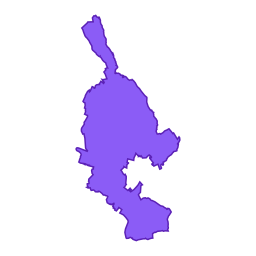 Nogales, Veracruz, Mexico (Natural Earth projection)
{"feature_id": "50627088B81981974228301", "entity_name": "Nogales", "entity_type": "district", "adm_level": 2, "iso_a3": "MEX", "parent_name": "Mexico", "parent_adm1": "Veracruz", "projection": "natural_earth1", "projection_center": [-97.192, 18.835], "detail": "fine", "context": "isolated", "style": "filled", "palette": "violet", "viewbox_px": 256, "rotation_deg": 0, "n_neighbors": 0, "source": "geoboundaries", "source_scale": "gbopen_adm2", "svg_char_len": 5843}
<svg xmlns="http://www.w3.org/2000/svg" viewBox="0 0 256 256"><path d="M112.8,206.3L113.5,206.7L113.6,207.3L113.2,207.9L114.5,208.5L114.4,208.7L115.3,209.1L115.0,209.1L114.8,210.1L116.4,210.9L118.2,208.7L118.9,207.5L121.8,209.6L119.8,213.0L123.5,214.9L126.0,217.6L126.3,218.1L127.9,220.2L128.2,222.0L125.5,228.9L124.9,232.3L125.2,234.0L126.0,237.5L126.3,238.2L126.6,238.4L128.6,238.2L130.1,237.4L130.7,237.4L131.8,238.3L132.4,238.2L132.6,239.0L133.1,239.4L136.3,240.6L138.1,239.8L143.3,238.8L144.8,238.8L145.6,238.3L146.2,238.9L147.9,239.5L149.7,238.7L151.6,238.2L152.8,238.1L152.6,236.2L152.6,233.6L154.7,232.3L155.6,232.4L157.5,231.3L160.7,231.0L162.5,230.6L163.3,231.2L165.3,230.8L168.2,231.0L167.6,229.4L168.2,228.4L168.3,227.3L168.0,226.5L168.2,224.2L168.0,221.8L167.5,220.3L167.3,219.1L168.6,215.8L169.3,215.1L171.2,212.0L170.9,211.4L169.9,209.7L169.0,208.6L167.8,208.4L167.7,208.9L167.0,209.3L165.9,208.2L164.6,207.6L162.9,206.3L161.0,205.9L160.0,205.4L154.9,201.8L152.1,200.5L151.5,200.5L150.7,200.0L149.8,198.8L148.0,197.9L147.1,198.4L146.5,198.4L145.4,197.8L143.2,198.1L140.9,199.8L138.4,194.8L139.5,193.2L140.4,192.5L140.9,185.7L141.3,185.3L142.4,184.8L139.8,181.9L138.1,184.9L136.6,186.7L133.8,189.7L130.7,191.8L129.5,190.6L131.2,189.6L130.1,188.2L127.9,190.5L124.0,187.4L124.8,186.6L126.3,184.3L125.7,183.7L126.2,178.5L126.2,176.3L125.1,174.3L124.5,174.9L123.4,174.1L121.7,171.1L120.9,170.2L124.1,167.2L124.0,166.7L126.7,168.0L126.9,164.8L127.5,164.0L128.4,163.3L128.4,162.8L127.1,162.4L127.7,158.9L133.7,160.4L134.0,157.8L135.1,155.6L135.9,153.3L137.8,155.5L138.6,155.5L138.5,156.5L139.7,156.0L140.2,156.7L141.1,155.8L142.5,158.0L146.2,157.8L147.5,156.3L149.1,155.0L149.7,155.8L150.0,155.5L150.5,155.8L151.5,157.1L151.3,157.6L151.0,157.8L150.5,157.1L150.1,157.3L149.8,157.5L149.7,158.2L153.3,162.8L151.8,164.1L152.5,165.1L153.1,164.7L153.9,166.1L157.9,164.2L159.8,169.2L160.8,168.8L161.4,168.4L161.5,167.9L160.8,166.1L160.9,164.9L161.4,164.3L161.7,164.3L162.2,164.3L162.8,165.1L163.3,164.9L163.5,164.2L163.1,163.1L163.2,162.1L164.3,161.8L165.1,161.1L166.0,160.7L166.5,160.0L166.6,159.0L166.9,158.9L167.8,157.2L169.9,155.5L170.9,155.0L172.1,153.7L172.4,153.0L173.2,152.4L173.6,151.6L176.3,151.0L176.9,150.7L176.9,149.9L176.8,149.6L177.8,147.6L178.4,144.3L178.4,144.0L178.2,143.9L177.6,143.9L177.6,143.6L178.6,142.6L179.8,140.2L179.8,139.4L179.6,137.7L179.0,136.9L177.4,139.2L173.6,133.0L172.9,133.6L169.0,128.8L168.3,129.1L167.3,129.8L164.9,130.8L164.2,131.4L163.1,132.6L160.6,134.1L159.9,133.5L158.0,134.0L157.2,134.0L156.1,131.4L156.5,129.6L156.9,129.4L156.9,129.0L156.5,128.2L157.0,126.9L156.7,126.0L157.5,125.3L157.6,124.8L157.1,123.6L157.2,121.0L156.1,118.9L155.3,118.2L154.7,117.2L153.8,116.5L153.7,114.6L153.4,113.3L153.7,112.4L152.6,111.9L152.3,111.4L151.5,110.8L152.0,110.8L151.7,110.2L150.5,109.9L150.0,109.5L148.1,106.5L146.7,102.1L146.9,97.9L146.8,97.3L144.7,95.5L141.3,91.3L139.4,88.5L137.9,87.2L136.9,86.0L135.3,82.9L133.6,80.8L132.1,79.5L131.7,80.1L130.5,79.9L129.6,80.3L127.8,79.1L127.1,78.1L125.9,76.8L124.9,76.4L122.9,77.5L122.6,77.1L123.8,76.1L123.4,75.6L123.0,75.6L122.6,75.3L122.2,75.6L121.4,75.1L120.5,75.1L120.2,74.2L118.5,73.2L116.9,73.3L116.5,73.0L116.2,73.3L115.3,73.5L115.1,73.4L115.2,71.4L115.5,71.0L115.3,70.2L115.5,69.6L117.2,68.0L117.7,67.1L116.8,65.4L116.2,65.3L116.5,64.7L116.1,63.4L115.6,62.5L115.9,62.1L114.7,59.8L114.9,59.2L113.6,57.5L113.7,55.8L113.1,55.2L113.4,54.8L113.3,54.3L112.8,54.2L112.9,53.6L112.7,53.0L112.1,53.3L111.7,52.2L110.9,51.4L110.0,49.7L108.3,47.4L107.5,47.1L105.8,44.1L106.2,42.5L106.0,42.1L106.1,39.3L105.9,38.6L104.3,36.2L103.8,34.2L103.7,32.0L103.5,31.4L103.7,30.8L103.7,30.1L102.2,27.4L102.1,25.8L100.8,23.8L100.4,22.0L100.4,20.2L99.2,17.2L98.7,17.2L98.9,18.3L98.0,17.4L97.0,17.1L95.7,15.4L94.9,15.9L93.8,15.9L92.4,17.9L93.2,21.8L87.8,22.0L87.2,23.0L81.8,28.0L82.8,29.6L83.6,32.1L85.1,36.0L86.0,37.2L86.9,38.0L89.0,40.7L89.9,42.7L91.8,45.9L92.0,47.7L92.0,48.9L92.6,50.1L96.1,53.2L96.5,54.3L98.7,56.2L99.5,56.6L100.0,56.2L100.0,56.5L100.4,57.1L100.9,57.4L102.7,60.3L104.2,61.8L105.7,62.8L106.2,64.6L107.6,67.9L106.9,67.8L105.3,68.8L105.8,69.9L103.9,72.0L105.2,74.1L106.9,78.8L104.3,79.4L103.6,79.7L103.1,79.5L102.7,79.8L102.2,79.6L103.5,81.9L104.2,82.2L103.6,83.4L100.9,81.3L100.1,82.8L99.3,83.7L99.5,84.5L96.9,84.7L96.1,85.1L95.6,85.6L95.3,86.0L95.1,87.4L94.7,88.2L94.0,88.0L94.0,87.6L92.8,86.8L92.2,86.6L90.2,91.1L89.5,91.8L89.2,90.1L87.6,91.4L85.4,95.4L85.2,96.5L83.0,101.4L83.9,102.4L84.9,102.8L85.2,105.5L84.5,108.0L85.5,108.5L85.4,110.5L85.6,111.3L85.2,112.9L84.6,114.2L86.7,115.2L87.5,115.4L87.5,116.8L85.1,121.0L84.2,122.2L84.1,122.9L84.3,124.2L81.9,127.7L81.4,129.0L81.4,131.1L82.8,134.1L83.9,133.8L84.9,138.2L85.6,148.0L86.1,149.1L87.5,150.7L87.2,151.3L78.6,148.0L77.5,147.8L76.6,148.0L76.2,148.6L76.2,149.6L76.8,150.6L78.9,151.6L80.5,153.0L81.1,154.2L81.2,154.9L80.5,156.3L80.4,157.8L79.7,159.2L79.1,161.5L78.8,162.0L79.5,162.6L80.9,163.2L82.2,163.3L82.8,163.6L83.0,163.5L84.0,164.1L84.1,163.6L84.6,163.8L84.5,164.3L84.9,164.5L85.2,163.8L85.7,164.0L85.5,164.7L86.0,164.8L87.1,164.6L87.7,165.4L88.8,165.7L88.9,165.1L89.5,165.3L89.4,165.9L93.6,166.9L93.5,167.5L93.1,167.4L93.3,169.0L92.1,169.3L91.6,170.5L92.1,173.4L93.1,174.7L88.9,179.0L88.7,179.9L88.9,180.5L88.5,181.1L88.9,181.7L89.0,183.5L88.7,183.7L87.3,183.7L87.2,184.0L87.4,185.5L88.1,186.9L86.8,187.3L87.8,187.9L88.6,188.0L90.2,187.8L90.7,189.6L91.2,190.4L92.6,190.2L93.1,189.9L94.5,190.5L95.3,191.7L95.6,191.8L98.1,191.9L98.3,191.3L99.6,191.5L102.1,193.5L103.3,195.0L104.9,195.1L105.5,195.6L106.8,195.8L107.8,196.4L107.3,198.0L106.4,199.6L107.2,202.7L109.4,204.1L109.7,204.0L110.0,204.3L110.6,204.1L110.9,204.6L111.2,204.7L111.4,204.4L112.1,204.1L112.6,204.4L113.5,203.4L113.9,203.4L113.8,204.5L113.4,204.6L113.2,205.3L112.9,205.7L112.8,206.3Z" fill="#8b5cf6" stroke="#5b21b6" stroke-width="1.5"/></svg>